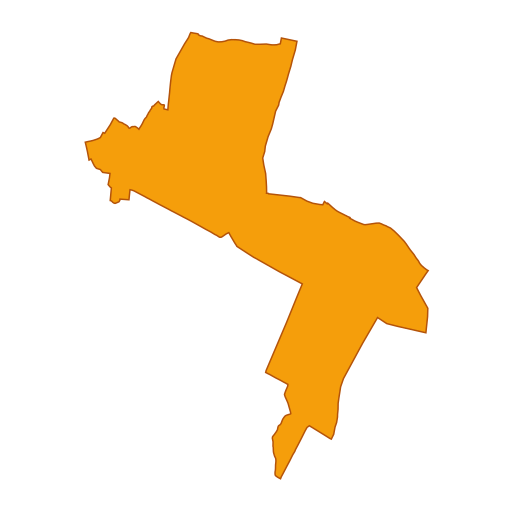 San Damián Texóloc, Tlaxcala, Mexico, rotated 181°
{"feature_id": "50627088B38103366804835", "entity_name": "San Damián Texóloc", "entity_type": "district", "adm_level": 2, "iso_a3": "MEX", "parent_name": "Mexico", "parent_adm1": "Tlaxcala", "projection": "orthographic", "projection_center": [-98.295, 19.291], "detail": "fine", "context": "isolated", "style": "filled", "palette": "amber", "viewbox_px": 512, "rotation_deg": 181, "n_neighbors": 0, "source": "geoboundaries", "source_scale": "gbopen_adm2", "svg_char_len": 5401}
<svg xmlns="http://www.w3.org/2000/svg" viewBox="0 0 512 512"><g transform="rotate(181 256 256)"><path d="M218.8,471.4L234.4,474.4L235.4,468.6L237.3,468.1L238.9,467.6L241.5,467.4L244.2,467.4L249.4,468.1L255.0,467.8L260.8,467.7L264.2,468.7L266.7,469.3L270.5,470.1L273.5,471.1L276.8,471.7L280.0,471.9L284.2,471.9L287.7,471.4L290.6,470.3L294.0,469.6L297.5,469.4L300.7,470.0L307.0,472.4L309.1,472.9L313.7,475.0L314.7,475.1L315.5,475.2L317.3,476.1L317.6,476.9L318.8,477.3L322.8,477.9L325.1,478.3L325.8,477.0L327.2,473.3L328.7,470.8L331.0,467.1L339.4,451.7L340.7,447.0L342.9,438.9L343.2,437.8L343.7,435.1L344.3,429.7L344.6,426.5L345.2,418.8L345.2,418.4L346.1,408.4L346.3,406.5L346.7,400.6L350.5,401.4L350.6,401.9L350.7,402.4L350.7,402.8L350.5,403.4L350.3,404.6L350.3,405.0L350.4,405.4L350.7,405.5L351.1,405.6L351.4,405.6L351.9,405.6L352.5,405.6L353.0,405.7L353.8,406.1L354.5,406.7L355.0,407.2L355.9,408.2L356.4,408.8L357.6,407.7L358.6,406.7L359.6,405.8L360.5,404.8L361.0,404.1L361.9,404.0L362.5,403.6L362.8,403.0L362.8,402.2L363.3,401.4L364.2,400.1L364.9,398.7L365.8,397.6L366.6,395.8L367.2,394.8L367.6,393.9L368.0,392.9L369.2,391.7L370.1,390.4L371.0,388.5L371.9,386.5L372.7,385.0L373.3,384.0L374.1,382.7L374.9,381.5L375.3,380.7L376.0,381.4L376.3,381.6L377.1,382.2L378.6,383.2L379.1,383.4L379.8,383.4L380.9,383.2L382.0,383.2L382.9,382.8L383.6,382.2L384.1,381.8L384.6,381.6L385.1,381.6L385.7,382.3L386.3,383.2L387.3,384.1L389.0,385.1L390.7,385.9L391.6,386.6L392.5,387.0L394.0,387.4L395.0,387.6L395.5,388.0L396.3,388.8L396.7,389.1L397.4,389.7L398.8,390.9L399.4,391.3L399.8,391.3L400.3,391.5L400.6,391.3L404.0,384.7L409.4,376.1L411.1,376.8L413.7,371.7L415.6,370.7L416.9,370.1L420.6,368.8L420.9,368.7L423.6,368.0L425.1,367.7L426.4,367.4L428.7,366.8L428.0,364.2L426.4,357.6L424.6,349.0L424.2,349.2L422.7,350.1L421.9,348.7L420.6,346.0L419.1,343.2L417.1,340.9L413.1,339.7L412.6,339.1L412.0,338.3L410.7,336.9L403.4,336.0L403.9,331.4L405.1,324.8L402.8,322.2L401.8,321.6L401.8,321.4L402.7,309.2L402.7,308.9L402.2,308.8L401.3,308.3L400.7,307.8L400.3,307.3L399.1,306.5L398.2,306.2L397.6,306.2L397.3,306.3L394.0,307.8L393.7,308.3L393.4,308.8L393.1,309.4L393.1,309.8L393.0,310.5L392.8,310.5L384.0,310.0L383.2,319.6L383.1,320.1L382.6,320.0L381.7,319.8L380.6,319.5L379.1,319.0L376.8,317.8L375.4,317.1L367.7,313.2L366.1,312.3L363.4,311.0L360.4,309.4L357.1,307.7L356.9,307.6L356.3,307.3L353.6,305.9L349.6,303.9L344.4,301.3L341.0,299.5L339.7,298.9L338.3,298.2L332.9,295.5L330.3,294.2L330.0,294.0L326.3,292.2L325.5,291.8L321.4,289.7L312.6,285.0L306.7,281.8L304.3,280.6L301.4,279.1L297.5,276.8L295.7,276.0L293.4,274.5L292.5,274.1L291.8,274.1L290.8,274.3L290.2,274.7L288.9,275.6L287.7,276.5L286.6,277.3L285.8,277.8L283.6,278.9L281.6,275.4L277.6,268.9L276.2,266.8L275.7,266.1L275.3,265.3L265.6,259.2L258.0,254.5L256.7,253.9L232.2,240.6L209.2,228.9L214.6,215.2L224.4,189.8L243.9,141.6L244.3,139.7L243.6,139.4L242.5,138.8L239.9,137.6L238.1,136.6L234.0,134.4L231.3,133.1L228.9,131.9L226.3,130.5L224.1,129.4L222.6,128.5L222.4,128.5L221.9,128.3L222.0,126.5L224.0,121.6L224.9,118.9L225.1,117.9L224.4,115.8L222.4,111.6L221.4,109.3L220.1,105.0L218.8,100.7L218.5,99.3L218.5,98.9L218.9,98.6L221.4,97.8L222.8,97.3L223.7,96.8L224.4,96.2L225.3,95.0L226.4,93.3L227.0,91.8L227.5,90.4L228.0,89.0L228.5,88.3L229.1,87.6L229.6,87.3L230.3,86.8L230.8,86.1L231.2,84.6L231.5,82.7L232.6,80.7L233.7,79.1L234.5,77.9L235.4,76.8L235.9,76.1L236.3,75.5L236.5,74.2L236.1,72.3L235.7,70.5L235.7,69.5L235.7,67.9L235.7,66.1L235.5,65.3L235.4,64.7L235.3,62.7L235.2,61.0L235.0,59.7L234.7,58.7L234.3,57.4L233.8,55.9L233.5,55.4L233.2,54.8L232.9,54.2L232.7,53.5L232.6,52.7L232.5,51.4L232.6,49.6L232.8,47.4L232.8,45.3L232.8,43.6L232.9,42.0L233.1,40.9L233.2,39.4L233.1,38.1L233.0,37.5L232.7,36.8L231.7,36.0L230.3,35.1L229.0,34.4L227.6,33.7L226.8,35.8L225.4,38.5L222.4,44.5L221.4,46.5L218.7,51.8L215.8,57.9L213.8,61.3L213.1,63.2L210.8,67.7L207.3,74.8L204.0,81.7L202.0,85.5L199.7,87.2L191.7,82.5L185.3,78.7L179.0,74.9L177.5,74.2L175.2,79.1L174.0,86.3L172.5,90.9L171.7,96.4L171.7,99.0L171.3,104.1L171.3,110.2L170.6,115.9L169.1,126.7L166.4,135.0L147.9,170.6L133.4,196.6L124.1,190.7L113.1,188.1L84.8,182.2L83.4,198.3L83.3,206.7L90.8,219.6L94.9,227.2L92.7,230.6L85.6,241.5L83.6,244.4L85.1,245.2L87.7,247.1L90.4,249.4L92.2,251.5L93.2,253.3L93.3,253.6L96.0,257.0L98.0,260.1L99.3,261.7L101.8,264.7L103.2,266.6L104.1,267.9L105.7,270.2L106.2,270.9L106.8,271.6L107.9,273.1L112.4,277.7L114.4,279.7L117.7,282.8L118.1,283.2L122.0,286.3L125.2,287.7L125.4,287.8L126.2,288.3L126.4,288.4L129.0,289.3L131.1,290.3L133.4,291.1L136.6,290.9L144.5,289.6L147.3,289.2L148.7,289.3L154.8,291.5L158.0,292.8L160.5,294.2L163.0,295.4L162.7,296.1L163.0,296.2L163.6,296.5L164.2,296.7L166.0,297.5L166.4,297.8L167.9,298.4L168.6,298.8L170.3,299.6L170.9,299.9L172.2,300.5L173.4,301.1L174.4,301.6L175.8,302.4L177.0,303.2L177.7,303.7L179.1,304.9L179.9,305.5L180.6,306.1L183.1,308.3L185.2,310.1L185.7,309.4L188.5,311.7L188.8,311.2L190.1,308.4L193.1,308.6L200.1,309.7L206.1,311.8L211.9,314.9L212.6,315.2L213.6,315.2L223.1,316.4L244.5,318.4L245.0,318.9L246.6,318.9L246.5,319.7L246.7,325.4L247.1,330.9L247.8,338.6L249.8,347.1L251.0,354.1L249.1,360.6L248.6,366.0L246.0,375.5L242.9,383.4L241.6,388.4L238.9,401.2L236.0,407.2L235.6,410.0L233.7,415.4L231.5,421.0L229.9,426.9L228.7,430.8L227.7,434.5L226.7,438.5L224.5,446.2L223.0,452.9L220.3,462.6L218.8,471.4Z" fill="#f59e0b" stroke="#b45309" stroke-width="1.5"/></g></svg>